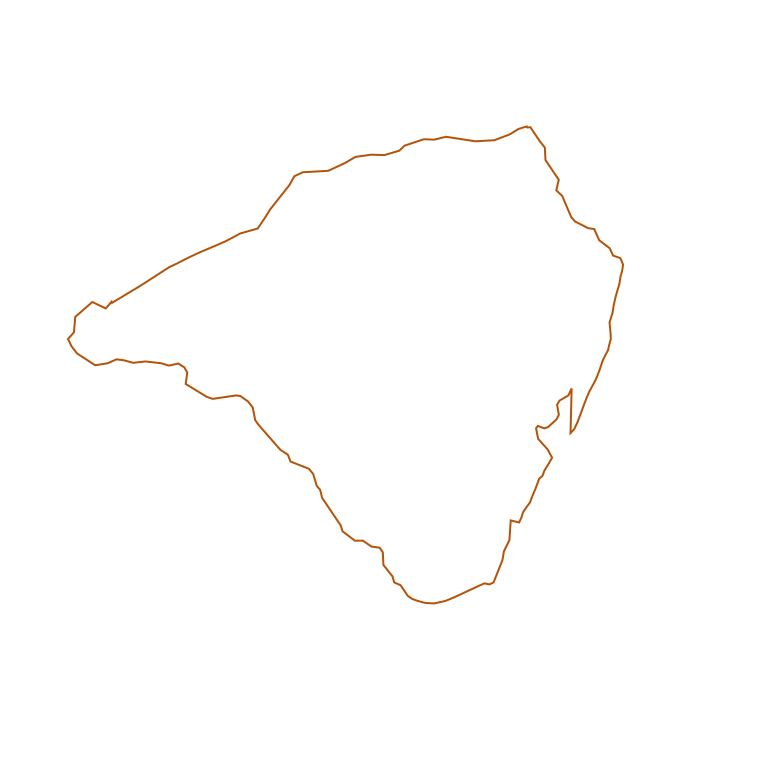 Gbadolite, Équateur, Democratic Republic of the Congo (Albers equal-area conic projection), rotated 335°
{"feature_id": "63176286B98421000452360", "entity_name": "Gbadolite", "entity_type": "district", "adm_level": 2, "iso_a3": "COD", "parent_name": "Democratic Republic of the Congo", "parent_adm1": "Équateur", "projection": "albers", "projection_center": [20.879, 4.254], "detail": "fine", "context": "isolated", "style": "outline", "palette": "amber", "viewbox_px": 768, "rotation_deg": 335, "n_neighbors": 0, "source": "geoboundaries", "source_scale": "gbopen_adm2", "svg_char_len": 2194}
<svg xmlns="http://www.w3.org/2000/svg" viewBox="0 0 768 768"><g transform="rotate(335 384 384)"><path d="M625.2,213.2L622.2,212.0L622.2,210.9L614.7,209.8L614.0,209.7L603.4,210.9L587.0,209.7L569.3,202.6L544.6,186.1L532.9,183.8L523.5,179.0L503.5,176.7L496.4,179.0L481.1,176.7L474.4,173.3L469.4,170.8L454.1,166.1L442.3,167.2L423.5,167.2L400.0,157.8L390.6,157.8L382.4,163.7L354.1,177.9L347.1,182.6L335.3,189.7L317.3,186.8L310.8,187.2L300.1,187.7L283.4,187.2L272.9,186.8L260.3,186.8L247.3,187.3L247.1,187.3L238.9,187.3L204.8,192.0L171.9,195.5L171.9,194.3L163.7,197.9L154.3,186.4L141.6,190.1L132.5,192.7L124.9,206.1L116.6,209.7L116.7,212.8L116.7,217.4L118.7,226.6L130.2,245.0L142.3,248.4L152.0,248.6L158.3,252.6L165.6,258.8L177.2,262.7L190.8,271.0L196.8,276.4L206.2,278.5L210.0,284.4L210.6,290.4L204.3,300.2L217.9,320.7L222.5,325.1L245.3,331.9L248.8,334.3L253.4,342.4L255.1,349.7L252.0,362.3L253.1,368.2L262.3,399.9L267.0,407.5L266.5,414.8L280.1,429.1L281.8,435.6L280.0,448.1L281.4,452.9L279.8,461.1L285.0,493.9L284.2,500.1L291.4,513.7L298.7,517.1L303.9,526.0L310.9,530.6L311.8,536.0L307.0,547.7L310.4,562.1L309.4,568.1L314.0,573.4L316.0,585.9L318.6,590.6L322.0,594.0L326.9,598.3L329.4,600.2L336.8,604.1L347.6,606.5L356.4,607.0L362.3,607.0L376.5,607.0L387.1,607.0L390.9,607.2L394.9,610.2L399.5,610.1L416.9,593.7L422.0,586.3L431.6,578.6L441.2,561.2L448.0,566.6L452.5,562.7L455.9,558.9L460.8,556.0L466.2,553.1L470.6,548.7L476.4,543.5L484.8,535.3L488.7,534.3L493.1,530.0L499.9,525.6L505.2,521.8L504.6,512.3L500.5,498.8L503.1,488.4L505.7,487.0L510.4,491.9L514.4,492.4L525.4,489.0L529.5,485.7L532.1,475.9L536.1,473.2L546.3,472.3L552.2,467.3L532.3,507.3L537.2,505.4L543.0,500.6L550.4,493.4L557.2,486.6L560.7,483.3L561.1,482.8L567.0,477.5L572.9,473.2L579.2,468.3L585.6,462.1L592.0,455.3L597.3,451.0L601.3,448.1L604.2,444.3L608.6,439.0L611.0,433.2L614.4,423.6L621.3,415.9L625.2,410.1L629.6,404.3L634.5,398.5L639.3,393.2L644.2,386.0L647.6,382.2L651.1,376.9L651.4,369.8L645.9,364.4L645.9,356.3L639.8,344.7L640.0,332.4L634.8,329.0L625.8,317.4L624.2,311.9L625.0,288.9L622.0,281.3L628.7,272.8L625.0,249.2L629.7,237.8L627.7,229.4L627.7,229.2L625.2,213.2Z" fill="none" stroke="#b45309" stroke-width="2"/></g></svg>